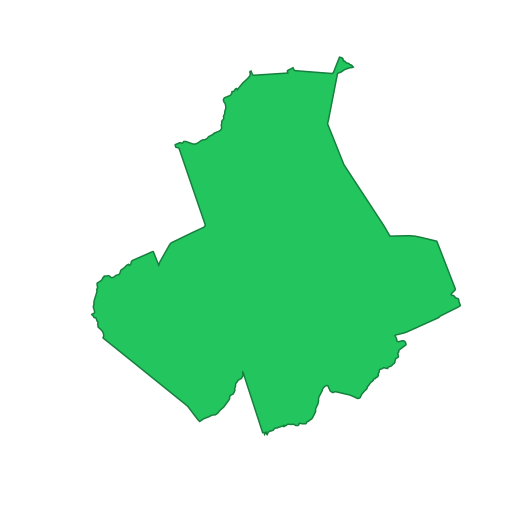 map outline of Santa Cruz (Mercator projection), rotated 249°
{"feature_id": "BOL-1940", "entity_name": "Santa Cruz", "entity_type": "Department", "adm_level": 1, "iso_a3": "BOL", "parent_name": "Bolivia", "parent_adm1": "", "projection": "mercator", "projection_center": [-61.708, -16.97], "detail": "fine", "context": "isolated", "style": "filled", "palette": "green", "viewbox_px": 512, "rotation_deg": 249, "n_neighbors": 0, "source": "natural_earth", "source_scale": "10m", "svg_char_len": 6024}
<svg xmlns="http://www.w3.org/2000/svg" viewBox="0 0 512 512"><g transform="rotate(249 256 256)"><path d="M411.7,405.2L410.7,406.7L410.0,407.4L408.9,407.9L407.7,407.6L407.0,407.5L406.6,407.8L406.5,408.2L406.2,408.6L405.7,408.9L405.2,409.0L404.0,409.5L402.5,411.6L400.9,412.3L400.1,413.5L399.5,413.8L397.5,414.5L397.5,413.2L398.2,410.6L398.2,409.5L398.2,407.4L398.3,406.2L398.1,404.7L397.3,401.8L397.2,400.1L397.4,398.5L397.2,397.8L396.7,397.2L357.0,372.4L354.2,370.4L353.3,370.2L309.7,370.8L238.2,386.3L227.5,388.0L226.7,388.3L226.3,388.9L220.1,406.2L217.6,411.5L214.5,416.3L205.0,430.1L153.9,430.3L153.4,430.1L153.1,429.9L152.7,429.3L151.2,425.8L150.6,424.8L150.0,424.3L149.6,424.5L149.2,424.8L148.4,426.1L147.7,426.6L147.1,426.9L145.7,427.2L145.3,427.5L144.9,427.8L144.1,429.1L143.8,429.4L143.6,429.5L143.2,429.6L142.7,429.6L140.5,429.1L137.6,429.1L136.5,429.0L135.9,426.8L133.9,406.4L133.2,404.8L133.0,404.3L131.0,369.4L131.1,366.4L132.2,358.0L131.8,357.2L128.8,357.6L127.8,357.5L126.6,357.1L126.0,357.1L125.4,357.6L124.9,358.6L124.4,362.3L124.2,363.0L123.9,363.5L123.4,364.0L122.8,364.3L122.1,364.5L121.2,364.6L120.4,364.5L119.6,364.3L119.2,363.9L119.0,363.3L118.9,362.7L116.9,355.8L116.6,355.4L115.6,355.1L115.0,354.6L114.7,354.0L114.2,353.5L113.5,353.3L112.1,353.2L111.4,353.1L110.8,352.7L110.5,352.2L110.2,350.2L109.5,349.0L108.6,348.4L107.5,347.9L106.6,347.1L106.2,346.5L105.9,345.1L105.6,344.4L104.9,343.2L104.8,342.5L104.9,340.3L104.8,339.7L104.3,339.1L103.8,338.6L104.6,337.1L105.8,335.6L106.0,335.3L106.0,335.0L105.7,334.2L105.7,333.8L105.6,333.3L105.7,331.3L105.6,330.7L105.1,330.2L104.0,329.6L103.5,329.3L102.7,328.5L102.1,327.9L101.5,327.6L100.5,327.3L100.3,327.1L100.0,326.7L99.7,326.1L99.5,325.7L99.6,324.6L99.4,324.3L98.9,323.8L98.8,323.5L99.0,322.5L99.0,322.0L98.8,321.7L98.0,321.0L97.3,319.7L96.8,317.7L96.0,316.4L95.0,315.1L94.4,313.9L94.0,313.3L93.7,313.0L93.0,312.5L92.6,312.2L92.0,311.4L91.1,309.0L89.5,306.0L88.9,305.0L86.7,302.7L86.4,302.2L86.2,301.2L86.5,299.9L87.2,299.0L88.2,298.2L92.2,294.2L93.1,293.0L100.7,281.8L101.0,280.8L100.9,279.6L100.9,279.2L101.1,278.6L101.5,278.2L103.3,277.0L103.8,276.8L104.3,276.8L105.2,276.9L105.7,276.8L106.7,276.6L107.1,276.6L107.6,276.7L109.3,276.6L109.6,275.6L109.9,274.7L109.7,273.8L109.3,273.0L108.9,271.7L108.6,271.3L108.4,271.0L106.2,269.2L102.1,264.5L100.5,263.3L100.1,263.1L98.8,262.7L96.0,261.0L95.3,260.4L92.3,257.2L91.9,256.9L91.4,256.6L90.3,256.3L89.2,255.7L84.7,250.8L84.0,249.6L83.0,245.7L82.9,244.7L82.8,244.3L82.5,243.8L81.8,242.9L81.6,242.4L81.6,241.8L82.2,240.9L82.4,239.8L84.1,236.9L84.3,236.6L84.1,236.1L83.3,235.7L83.0,235.4L82.8,234.6L82.9,233.8L83.2,233.1L83.6,232.3L84.1,231.8L85.2,231.1L85.6,230.6L85.9,229.1L87.5,225.5L87.5,224.8L87.4,224.4L87.0,223.7L86.9,223.3L87.0,222.9L87.8,221.5L86.7,221.4L86.8,220.8L87.8,219.4L87.9,218.5L87.8,217.6L87.8,216.7L88.2,215.7L87.8,214.7L87.9,213.8L88.3,212.9L88.5,212.2L88.3,211.4L87.4,210.1L87.2,209.1L87.2,207.4L87.3,207.1L87.4,206.8L87.6,206.5L87.5,205.9L87.2,204.8L86.7,203.9L86.0,203.1L85.2,202.5L85.9,202.0L86.5,201.9L87.2,202.2L87.8,202.5L87.9,201.7L87.6,201.1L86.5,200.1L87.8,200.1L88.4,200.0L88.7,198.9L151.3,202.2L152.2,202.2L152.4,202.1L151.4,201.6L149.7,201.2L149.2,200.9L148.7,200.6L147.5,199.2L147.0,198.6L146.8,197.6L146.7,196.9L146.6,195.7L146.5,195.2L146.3,194.7L145.3,193.4L144.7,192.2L144.2,191.5L143.8,191.1L141.9,190.2L141.4,189.9L140.0,188.7L139.5,188.4L138.9,188.4L138.4,188.3L137.8,187.9L135.6,185.6L135.3,184.9L135.1,182.5L134.8,181.9L134.2,181.1L133.6,180.7L132.4,180.3L131.9,179.9L131.5,179.5L126.5,171.7L124.7,166.8L123.2,164.4L122.9,163.6L122.3,161.2L122.6,160.0L122.9,159.3L123.1,158.4L123.1,157.0L122.8,154.5L122.8,148.8L121.7,144.1L124.0,143.1L140.4,138.3L208.9,98.6L234.3,83.8L234.6,83.9L235.8,85.1L236.3,85.3L238.6,85.8L240.7,85.6L242.8,84.9L246.0,83.2L246.7,83.2L247.4,83.5L249.1,83.8L250.1,84.5L250.7,84.7L251.2,84.7L252.3,84.3L255.4,84.4L255.9,84.2L256.1,83.2L256.9,82.7L258.9,82.4L259.1,82.2L259.6,81.9L260.3,81.7L260.5,82.2L260.5,84.2L261.4,85.2L263.5,85.6L265.9,85.7L267.4,86.1L268.3,86.9L268.6,87.2L271.9,88.6L279.0,94.2L280.6,95.1L281.7,95.3L282.0,95.4L282.2,95.7L282.5,96.2L282.7,96.5L283.1,96.7L286.7,97.5L287.6,98.0L287.9,99.0L288.0,100.3L288.3,101.6L288.7,102.9L289.2,103.9L289.6,104.3L290.6,105.2L290.7,105.5L290.5,106.0L290.7,106.3L291.5,106.7L291.6,107.1L291.6,107.4L291.2,108.3L290.6,110.6L290.1,111.7L289.2,112.4L288.1,112.8L287.8,113.0L287.5,113.7L287.3,114.8L287.3,115.9L287.4,116.6L288.0,117.7L288.1,118.9L287.9,120.2L287.9,121.6L288.4,122.5L291.0,124.6L291.4,125.4L292.1,128.5L293.7,132.0L293.9,134.0L292.5,134.5L293.2,136.1L295.6,137.8L296.1,138.8L297.2,161.1L296.9,161.7L282.3,161.9L284.9,164.1L297.6,179.5L298.3,180.6L298.7,181.8L300.8,206.4L301.5,217.3L302.4,219.4L303.8,219.8L383.0,222.7L384.0,222.6L385.0,222.1L385.3,221.6L386.0,220.4L386.4,220.1L388.4,220.2L388.9,220.6L389.1,225.4L388.9,226.1L387.8,227.1L387.8,227.9L388.8,229.7L388.1,231.5L383.4,237.0L382.6,238.5L382.2,240.2L382.4,242.3L383.4,246.1L383.5,248.0L383.4,248.3L383.0,249.2L382.9,249.7L382.9,250.3L383.3,252.7L384.2,254.2L384.5,255.1L384.8,258.6L385.0,259.4L385.5,260.3L385.7,261.3L385.8,265.8L386.1,267.7L386.9,269.2L388.7,270.1L390.2,270.3L390.7,270.5L391.1,270.8L392.0,271.5L392.5,271.8L393.6,272.0L394.0,272.3L394.6,273.0L395.3,274.6L396.1,275.2L397.8,275.6L398.4,276.0L399.7,277.4L400.2,277.8L401.9,278.6L402.5,278.9L404.5,280.6L405.9,281.2L407.7,281.6L409.5,281.8L410.9,281.4L412.0,281.2L412.8,281.3L413.8,281.7L414.5,282.4L415.0,283.5L415.1,284.8L415.0,285.9L415.1,286.7L415.1,288.7L415.2,289.6L415.6,290.5L416.1,291.1L416.7,291.7L417.4,292.2L418.1,292.5L417.7,294.1L417.9,294.7L418.7,295.7L419.4,297.0L419.3,297.9L417.9,298.0L422.3,305.7L424.7,311.8L426.4,314.9L428.3,316.0L429.2,316.0L430.0,316.1L430.4,316.6L430.4,317.7L427.1,317.7L426.2,317.9L425.6,318.5L415.4,351.3L417.3,351.5L417.8,351.9L418.0,352.9L418.2,355.8L418.5,358.0L415.9,358.2L415.1,358.8L404.5,381.0L399.1,392.5L399.5,394.0L411.7,405.2Z" fill="#22c55e" stroke="#15803d" stroke-width="1.5"/></g></svg>